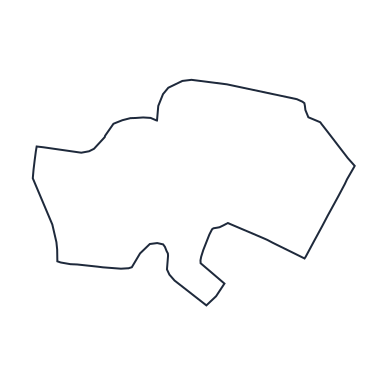 the district of Sa'dah, Sa`dah, Yemen, rotated 275°
{"feature_id": "15242507B19986135931158", "entity_name": "Sa'dah", "entity_type": "district", "adm_level": 2, "iso_a3": "YEM", "parent_name": "Yemen", "parent_adm1": "Sa`dah", "projection": "mercator", "projection_center": [43.754, 16.929], "detail": "fine", "context": "isolated", "style": "outline", "palette": "slate", "viewbox_px": 384, "rotation_deg": 275, "n_neighbors": 0, "source": "geoboundaries", "source_scale": "gbopen_adm2", "svg_char_len": 1485}
<svg xmlns="http://www.w3.org/2000/svg" viewBox="0 0 384 384"><g transform="rotate(275 192 192)"><path d="M110.4,67.1L110.3,67.8L109.5,77.2L109.8,83.9L109.7,88.8L109.4,104.4L109.2,109.8L109.4,127.9L110.4,134.6L110.4,135.1L111.8,138.6L126.3,145.6L136.5,154.5L138.1,161.8L137.3,167.8L135.0,169.8L131.0,171.8L128.7,173.3L126.4,173.7L113.5,173.8L112.7,173.8L107.7,176.7L102.3,182.3L80.3,216.2L90.3,225.1L103.6,232.3L121.8,206.8L124.7,206.4L128.4,206.8L135.2,208.3L140.6,209.9L151.1,213.0L155.3,214.7L156.7,215.3L157.7,216.5L158.0,217.6L158.6,220.0L159.3,222.5L161.5,226.2L164.2,230.4L152.5,266.3L151.7,268.7L150.8,271.3L148.6,276.5L146.8,281.1L139.4,300.2L135.6,309.9L137.4,310.9L154.0,318.0L157.2,319.4L169.4,324.7L180.4,329.3L184.7,331.2L200.2,338.0L213.4,343.6L218.1,345.3L231.0,351.3L232.2,351.8L239.4,344.2L241.6,342.2L251.5,333.1L259.7,325.6L259.8,325.5L267.6,318.3L270.9,315.2L272.1,314.2L272.7,313.6L275.3,305.5L276.3,302.3L276.6,301.4L283.6,297.8L287.5,297.0L290.3,296.2L291.6,294.1L293.6,288.4L302.3,217.4L303.7,181.7L301.8,172.7L293.8,159.3L287.0,154.6L274.8,150.9L260.2,150.9L260.2,150.4L262.2,144.3L262.0,136.8L260.8,129.2L260.2,124.2L258.3,118.8L257.5,116.5L255.3,112.1L254.3,110.1L253.1,107.8L240.4,100.5L239.1,100.3L231.3,94.3L226.5,90.6L223.6,85.9L221.5,78.3L221.7,74.5L221.8,72.8L223.6,40.2L223.8,33.3L221.4,33.1L218.9,32.9L209.9,32.5L200.5,32.2L191.8,32.2L147.4,55.7L130.2,61.3L122.9,62.7L111.2,63.9L110.4,67.1Z" fill="none" stroke="#1e293b" stroke-width="2"/></g></svg>